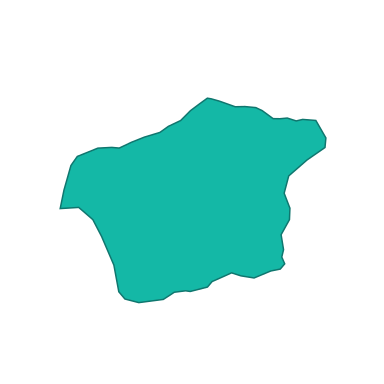 outline of Lekie, Centre, Cameroon, rotated 212°
{"feature_id": "32672807B3101876589222", "entity_name": "Lekie", "entity_type": "district", "adm_level": 2, "iso_a3": "CMR", "parent_name": "Cameroon", "parent_adm1": "Centre", "projection": "mercator", "projection_center": [11.41, 4.138], "detail": "fine", "context": "isolated", "style": "filled", "palette": "teal", "viewbox_px": 384, "rotation_deg": 212, "n_neighbors": 0, "source": "geoboundaries", "source_scale": "gbopen_adm2", "svg_char_len": 936}
<svg xmlns="http://www.w3.org/2000/svg" viewBox="0 0 384 384"><g transform="rotate(212 192 192)"><path d="M295.0,108.1L279.9,118.9L264.4,116.5L261.4,116.0L244.8,106.2L243.7,105.4L219.5,88.6L202.3,69.8L201.2,68.6L192.2,65.7L178.5,70.0L159.4,85.7L153.9,97.6L145.1,104.8L140.8,106.7L128.5,119.6L127.5,126.7L120.4,137.2L115.6,144.4L106.1,146.8L93.8,152.0L83.3,166.8L76.3,173.4L75.3,180.2L81.4,184.4L83.8,191.6L93.8,203.0L94.7,220.2L100.4,230.2L101.8,231.2L113.2,239.8L118.5,256.9L111.4,280.2L102.8,300.2L107.1,308.8L124.9,318.3L136.6,312.2L141.3,307.5L150.4,305.2L156.3,300.7L162.1,297.2L175.4,298.2L182.6,297.4L192.4,292.5L200.5,287.2L210.5,285.0L217.2,283.5L225.1,281.2L228.7,279.7L232.3,270.8L236.4,260.2L239.5,246.6L246.8,235.2L250.8,225.5L261.4,213.4L269.7,202.1L277.0,190.7L283.7,187.3L295.1,179.3L308.1,161.4L308.6,152.7L308.7,150.3L302.0,127.2L301.6,125.8L295.0,108.1Z" fill="#14b8a6" stroke="#0f766e" stroke-width="1.5"/></g></svg>